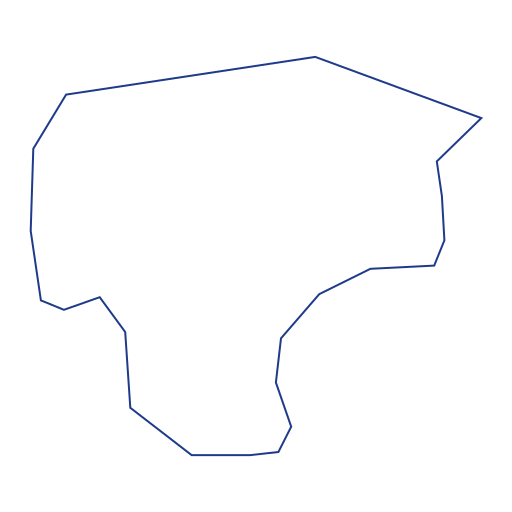 Żebbuġ, Mercator projection
{"feature_id": "MLT-5977", "entity_name": "Żebbuġ", "entity_type": "state/province", "adm_level": 1, "iso_a3": "MLT", "parent_name": "Malta", "parent_adm1": "", "projection": "mercator", "projection_center": [14.249, 36.061], "detail": "fine", "context": "isolated", "style": "outline", "palette": "blue", "viewbox_px": 512, "rotation_deg": 0, "n_neighbors": 0, "source": "natural_earth", "source_scale": "10m", "svg_char_len": 393}
<svg xmlns="http://www.w3.org/2000/svg" viewBox="0 0 512 512"><path d="M66.1,94.6L315.2,56.9L481.3,118.1L436.8,161.4L441.9,196.1L444.4,240.3L434.2,265.6L370.4,268.8L319.3,294.1L281.0,338.3L275.9,382.5L291.2,426.7L278.4,452.0L250.4,455.1L191.6,455.1L130.3,407.8L125.2,332.0L99.7,297.2L63.9,309.8L40.9,300.4L30.7,230.9L33.3,148.7L66.1,94.6Z" fill="none" stroke="#1e3a8a" stroke-width="2"/></svg>